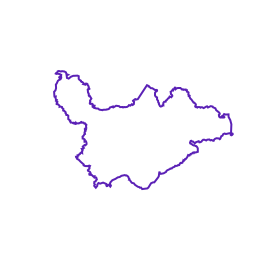 the district of Presidente Figueiredo, Amazonas, Brazil, rotated 304°
{"feature_id": "56859067B39852544497118", "entity_name": "Presidente Figueiredo", "entity_type": "district", "adm_level": 2, "iso_a3": "BRA", "parent_name": "Brazil", "parent_adm1": "Amazonas", "projection": "albers", "projection_center": [-60.113, -1.221], "detail": "fine", "context": "isolated", "style": "outline", "palette": "violet", "viewbox_px": 256, "rotation_deg": 304, "n_neighbors": 0, "source": "geoboundaries", "source_scale": "gbopen_adm2", "svg_char_len": 5891}
<svg xmlns="http://www.w3.org/2000/svg" viewBox="0 0 256 256"><g transform="rotate(304 128 128)"><path d="M195.5,203.7L193.7,201.4L193.3,199.9L192.0,199.9L191.3,200.5L190.9,201.8L190.3,201.7L189.6,200.6L190.9,200.0L190.8,199.5L189.8,199.0L188.5,199.0L188.2,198.3L188.4,197.2L189.7,196.0L191.0,196.2L191.4,195.8L191.8,194.7L192.1,191.1L193.2,189.4L192.7,186.9L193.1,186.2L192.4,184.4L189.7,182.8L190.2,181.5L189.7,181.0L186.8,179.6L186.7,178.0L186.0,176.8L185.4,176.7L185.3,175.5L184.4,174.2L183.7,174.0L183.8,173.2L183.3,172.7L183.3,171.9L183.6,171.5L185.1,171.4L185.6,170.9L186.1,168.7L185.7,168.2L187.1,164.6L187.3,163.1L188.4,161.5L188.4,160.7L189.3,160.8L189.3,159.4L191.3,158.3L191.4,157.3L191.1,156.6L192.2,155.7L191.8,155.3L192.2,154.4L191.6,154.1L191.2,152.7L190.6,152.5L190.6,151.6L190.1,151.3L190.5,149.1L189.1,147.0L188.0,146.1L186.9,145.8L187.9,144.7L187.6,144.2L184.6,144.4L184.8,143.6L182.5,143.5L181.9,143.1L180.1,144.7L179.9,146.2L179.4,146.8L177.7,146.7L177.3,144.9L175.5,145.1L174.8,144.6L173.2,144.6L171.9,144.1L170.9,144.5L169.9,143.3L168.4,143.3L166.5,144.7L166.1,143.9L165.2,144.0L164.1,143.2L164.0,142.3L165.2,140.1L165.9,139.8L166.2,138.7L167.5,137.6L167.8,136.2L169.6,135.0L169.5,133.4L170.1,132.2L172.3,130.7L174.0,130.7L174.4,131.2L175.1,131.3L175.6,130.9L175.4,130.1L174.6,129.1L174.6,126.0L173.8,124.7L174.1,122.7L173.9,122.0L174.4,121.7L174.1,119.8L157.4,120.0L155.9,118.6L156.1,118.0L155.8,117.7L153.4,116.9L153.1,117.3L153.1,118.4L151.0,119.5L149.7,119.0L149.9,117.9L148.0,117.5L148.0,116.9L147.5,116.1L147.1,116.3L144.9,115.4L143.6,113.9L143.4,113.3L142.3,112.4L142.5,111.9L140.9,109.8L141.1,108.4L139.8,105.7L136.8,104.3L136.7,103.6L137.2,103.3L134.8,101.5L133.6,101.7L132.1,100.8L131.8,100.2L131.0,99.7L129.2,97.2L128.6,97.0L127.2,94.0L127.4,92.4L126.3,90.5L126.2,89.3L125.7,88.9L125.8,87.0L126.3,87.1L127.2,88.0L127.8,87.8L127.0,86.0L127.7,85.8L128.0,85.3L128.0,84.7L126.8,83.2L127.0,82.6L127.5,82.3L128.7,82.1L129.0,81.5L129.5,81.2L131.9,81.2L133.2,78.4L132.7,78.1L132.9,77.4L134.7,76.1L134.9,75.2L137.3,73.1L138.0,73.2L138.2,73.8L138.9,74.1L139.8,72.5L140.5,72.1L141.2,70.3L141.7,69.9L141.7,69.0L141.3,68.3L140.1,68.5L139.5,66.7L140.1,66.9L140.6,64.5L140.2,63.7L140.4,62.8L140.9,62.5L140.8,60.8L141.2,59.6L143.4,58.2L143.2,56.9L140.6,53.4L138.7,52.1L135.8,51.2L135.4,49.4L137.3,47.7L138.6,48.5L138.3,46.7L139.4,45.5L139.3,43.7L138.2,41.5L137.3,40.8L136.6,38.8L135.6,38.0L134.4,38.3L133.4,37.7L132.7,37.7L132.8,38.4L133.7,39.3L134.6,41.5L134.3,42.1L134.7,42.9L134.2,43.2L133.1,43.2L131.6,42.6L131.3,43.1L133.0,44.0L132.3,44.6L130.6,44.8L129.2,43.9L127.9,43.5L125.0,44.0L123.7,43.9L120.8,46.1L118.6,46.8L116.7,46.5L113.2,49.2L112.9,49.6L113.7,50.5L112.4,51.1L111.1,52.6L111.3,53.1L110.3,53.1L110.4,54.4L109.7,54.3L109.3,55.4L108.6,55.7L108.2,55.3L107.9,55.5L108.4,56.5L108.3,58.3L108.0,59.0L107.3,59.4L107.9,59.9L108.5,61.5L107.8,62.1L107.7,63.7L106.4,64.3L106.2,64.7L106.6,65.4L106.2,67.5L105.4,67.8L105.3,68.4L104.3,69.6L104.9,70.4L104.8,71.6L102.0,73.5L102.0,74.6L101.5,75.5L101.8,76.0L101.0,76.4L100.5,77.4L101.0,77.8L101.3,79.9L102.0,80.0L102.5,81.2L101.8,81.5L102.1,82.4L102.5,82.6L103.2,82.2L103.1,82.7L104.3,84.7L104.9,84.8L106.0,85.9L106.5,85.7L107.0,86.1L106.7,87.0L107.6,88.1L107.2,89.4L107.8,89.8L107.3,91.8L106.5,91.8L104.7,93.4L104.0,93.0L103.5,93.7L102.9,92.9L102.1,93.5L101.9,94.5L101.5,94.5L101.2,94.1L99.7,94.6L99.6,95.1L99.0,95.7L98.4,95.3L96.9,95.5L95.5,95.1L93.9,96.3L94.3,97.1L94.2,98.6L93.2,98.9L92.4,99.6L93.3,100.1L93.5,100.6L92.3,102.1L91.2,102.7L89.6,102.2L89.6,101.5L87.4,100.9L86.8,102.5L85.1,101.5L85.1,102.3L84.2,102.2L83.8,103.0L82.8,103.0L81.6,104.0L81.5,102.9L80.4,102.5L79.5,102.7L78.3,102.0L76.8,102.5L77.4,102.1L77.1,101.5L76.4,102.0L75.9,101.7L75.4,102.4L74.6,101.9L73.9,103.2L74.2,104.6L73.5,107.7L73.0,111.7L72.2,112.1L72.5,113.8L73.8,115.8L75.2,117.0L75.3,117.7L73.8,117.8L73.4,118.5L72.8,118.7L70.6,118.3L70.2,118.7L70.3,121.1L69.5,122.5L69.0,122.5L68.1,121.7L67.7,122.2L68.8,124.3L68.4,126.1L69.3,127.2L68.1,127.7L68.1,128.1L69.1,129.1L69.0,129.6L67.8,131.0L67.0,130.7L65.7,131.0L64.6,130.2L63.2,130.9L62.6,132.2L61.5,132.1L61.1,132.4L60.5,134.7L62.8,134.9L64.0,134.2L65.9,134.3L66.3,136.0L68.8,137.9L69.5,141.4L68.2,142.2L67.9,142.8L68.3,143.3L69.6,143.3L70.1,143.7L69.5,146.1L70.6,146.1L71.7,144.2L73.0,143.8L75.9,144.2L78.9,146.1L81.3,147.1L82.7,148.5L84.7,149.3L87.2,151.7L87.3,152.6L87.9,153.3L87.8,155.4L86.9,156.5L86.7,157.4L85.9,157.7L86.1,157.9L84.7,161.7L85.4,163.9L84.8,165.5L84.8,169.0L85.3,170.4L85.1,171.1L85.9,172.1L85.3,173.9L88.7,177.8L90.0,178.2L95.1,178.0L97.1,179.3L97.7,180.2L103.9,180.6L105.2,180.5L109.4,178.4L108.5,179.7L108.3,180.8L110.4,182.9L112.9,184.1L113.9,183.9L114.9,184.2L117.6,185.8L118.1,185.8L118.9,186.9L120.0,187.0L122.0,188.3L123.0,188.2L123.6,189.3L124.6,190.2L125.2,190.2L125.9,191.2L127.8,190.9L128.5,191.1L128.7,191.8L129.6,192.5L131.1,192.1L131.6,192.6L132.2,192.2L132.2,192.5L132.7,192.4L133.3,192.9L134.3,192.7L134.8,193.3L136.8,193.4L139.1,193.0L139.1,193.8L139.5,194.3L140.1,194.0L141.0,194.8L141.6,194.5L142.5,195.3L143.8,195.5L144.6,196.2L144.3,196.7L145.0,196.8L145.5,197.7L147.3,199.2L150.2,197.2L151.0,195.6L151.2,194.8L150.8,194.2L150.8,192.8L150.3,192.3L150.1,191.0L150.3,190.4L150.0,188.2L150.5,187.6L152.3,187.2L152.8,187.6L152.6,188.8L153.1,189.3L152.7,191.9L153.3,192.2L154.1,192.2L156.6,194.0L156.0,195.1L156.3,195.6L157.7,196.5L158.9,196.5L160.3,196.9L161.0,197.9L161.4,199.8L162.6,200.2L164.0,201.9L163.8,203.2L164.8,204.0L165.0,205.8L165.4,206.2L166.3,205.9L167.7,206.2L169.0,207.1L170.1,209.1L170.0,210.3L170.6,210.5L173.4,209.9L174.4,210.6L176.3,210.4L177.5,211.3L177.7,212.5L180.4,215.0L180.7,216.3L179.7,217.1L179.7,217.7L180.2,218.1L181.4,218.3L181.8,217.9L181.6,217.2L181.8,216.0L188.9,211.6L191.7,208.4L193.4,205.2L195.5,203.7ZM74.6,101.9L75.0,101.5L74.9,101.2L74.7,101.4L74.6,101.9Z" fill="none" stroke="#5b21b6" stroke-width="2"/></g></svg>